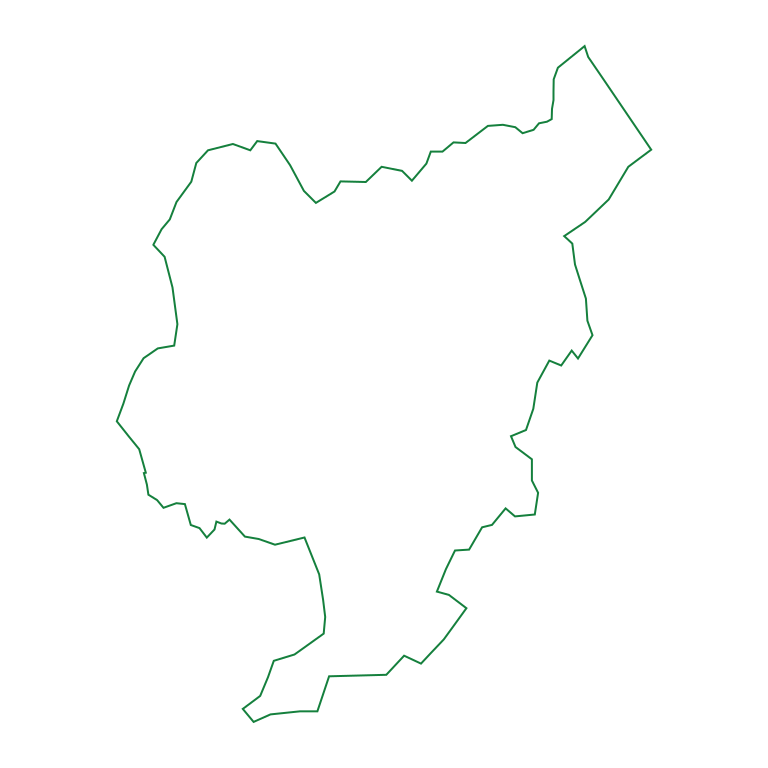 the district of Agridia, Limassol, Cyprus
{"feature_id": "46923920B23740092074441", "entity_name": "Agridia", "entity_type": "district", "adm_level": 2, "iso_a3": "CYP", "parent_name": "Cyprus", "parent_adm1": "Limassol", "projection": "orthographic", "projection_center": [32.995, 34.928], "detail": "fine", "context": "isolated", "style": "outline", "palette": "green", "viewbox_px": 768, "rotation_deg": 0, "n_neighbors": 0, "source": "geoboundaries", "source_scale": "gbopen_adm2", "svg_char_len": 1692}
<svg xmlns="http://www.w3.org/2000/svg" viewBox="0 0 768 768"><path d="M584.6,46.1L557.9,67.7L553.7,79.3L553.5,91.8L553.5,100.1L552.0,108.9L551.7,119.1L547.0,121.7L539.0,123.3L533.6,129.8L522.6,133.2L515.3,127.2L502.9,124.8L487.9,125.9L465.5,143.0L453.5,142.4L442.5,151.6L430.8,151.6L426.4,163.6L411.9,180.7L402.1,170.9L381.6,166.8L365.8,182.0L340.5,181.4L334.5,191.5L315.9,202.9L303.9,190.9L290.1,165.2L275.5,143.6L257.2,141.1L250.3,150.3L232.9,144.0L208.0,150.3L196.3,163.0L191.3,181.7L176.5,202.0L169.8,219.4L161.6,229.2L153.4,244.7L153.4,244.9L164.6,256.8L172.5,287.5L177.4,324.2L174.2,345.6L157.8,348.4L143.6,358.2L135.1,371.5L129.1,385.5L123.4,403.6L116.8,421.3L129.1,436.8L139.2,449.2L145.8,472.7L143.9,473.1L146.9,484.6L148.4,494.7L157.1,500.1L163.5,507.8L176.4,503.2L184.9,504.1L190.8,525.0L199.5,528.1L206.8,537.6L214.5,529.5L216.4,521.6L221.4,523.5L224.7,523.7L229.5,519.6L244.9,536.6L258.7,539.0L275.0,544.7L304.5,537.5L319.2,574.4L323.1,599.8L325.2,617.0L323.7,633.6L294.5,654.5L273.8,660.8L268.0,677.2L260.2,695.9L242.8,708.9L244.7,711.2L253.6,721.9L270.5,714.4L300.3,711.3L317.4,711.3L329.1,676.3L386.3,674.8L404.1,655.7L421.0,663.6L430.9,653.0L443.8,639.4L456.8,621.5L466.4,608.2L448.9,594.9L436.9,591.6L445.9,569.2L455.0,550.5L469.1,549.6L482.1,527.3L492.0,524.9L505.6,508.4L515.0,516.4L534.8,514.5L538.1,492.8L531.9,480.5L531.9,459.3L515.5,447.0L511.0,436.2L526.0,430.0L533.3,408.8L537.3,382.6L549.3,360.6L561.2,365.5L571.7,350.6L578.0,358.5L592.5,335.2L587.4,320.7L585.9,298.6L579.5,278.7L575.0,264.5L572.3,243.6L564.2,236.1L585.2,221.9L608.7,199.5L628.3,166.8L639.9,158.1L651.2,149.7L602.9,78.5L588.2,57.0L584.6,46.1Z" fill="none" stroke="#15803d" stroke-width="2"/></svg>